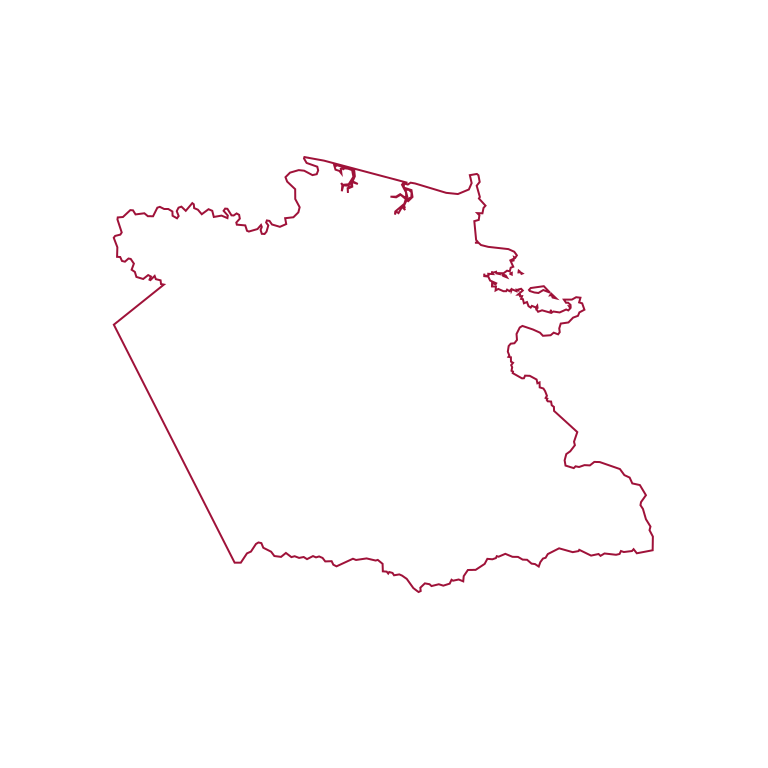 outline of Changuinola, Bocas del Toro, Panama, rotated 333°
{"feature_id": "35544464B1778139424471", "entity_name": "Changuinola", "entity_type": "district", "adm_level": 2, "iso_a3": "PAN", "parent_name": "Panama", "parent_adm1": "Bocas del Toro", "projection": "orthographic", "projection_center": [-82.488, 9.215], "detail": "fine", "context": "isolated", "style": "outline", "palette": "rose", "viewbox_px": 768, "rotation_deg": 333, "n_neighbors": 0, "source": "geoboundaries", "source_scale": "gbopen_adm2", "svg_char_len": 6175}
<svg xmlns="http://www.w3.org/2000/svg" viewBox="0 0 768 768"><g transform="rotate(333 384 384)"><path d="M594.9,399.9L598.2,396.3L594.6,393.9L589.8,394.1L582.6,390.5L583.1,394.3L584.9,395.1L586.1,398.2L585.4,399.8L584.2,398.8L584.4,401.1L581.6,402.1L580.1,400.3L573.0,400.0L567.8,396.3L565.3,396.6L558.3,390.1L554.1,389.6L553.7,386.0L555.8,384.4L554.4,386.0L555.4,385.9L556.1,383.8L554.1,384.8L551.2,381.5L549.4,382.5L548.1,380.3L548.6,375.9L545.3,375.6L546.3,371.5L544.8,370.4L546.9,368.4L545.1,367.6L545.8,366.2L545.4,364.8L545.3,365.9L543.9,365.2L550.1,363.7L549.4,361.4L546.6,360.8L546.2,361.7L544.8,360.2L544.2,361.5L541.0,357.7L539.7,358.8L540.1,357.5L537.9,358.2L536.5,355.8L535.0,356.8L532.6,355.6L529.0,351.2L525.9,351.3L528.0,348.0L524.5,346.1L526.1,343.2L528.7,345.8L529.7,345.2L525.5,340.0L525.7,334.7L524.9,335.1L522.3,333.4L523.4,331.2L522.7,333.2L524.5,334.3L526.7,334.4L527.0,333.2L530.8,335.4L530.4,334.2L531.6,332.7L530.8,334.2L534.8,334.9L534.3,336.4L536.5,338.2L536.2,337.1L540.8,339.6L545.1,338.9L547.2,340.7L549.7,337.9L552.4,338.2L552.7,331.2L557.2,331.3L557.5,330.0L558.3,331.1L560.8,329.7L560.1,325.3L556.1,320.3L539.1,309.1L533.5,304.2L532.4,301.2L529.2,299.4L532.2,300.7L531.5,297.4L538.4,279.9L542.9,280.8L545.6,277.0L544.7,274.1L549.2,276.6L552.6,272.3L555.4,271.2L552.8,261.8L554.3,260.9L556.6,249.4L561.0,247.4L562.9,240.9L562.1,239.0L555.3,236.9L553.3,244.8L547.9,249.2L536.1,248.3L526.2,241.9L502.7,219.4L499.1,216.7L495.8,217.1L492.8,214.4L490.8,218.0L496.5,223.7L494.3,230.3L487.8,232.3L489.3,230.8L487.3,230.7L482.9,234.1L482.6,236.1L481.3,236.9L482.0,238.7L481.1,236.4L482.6,234.1L481.7,233.7L474.5,238.3L473.1,235.7L470.7,238.0L472.4,235.4L483.9,232.7L487.1,229.4L493.0,230.2L495.6,225.8L494.4,222.3L491.3,220.6L489.8,227.6L487.0,228.2L484.7,222.9L479.6,223.2L474.8,220.0L479.9,222.6L484.6,222.2L487.0,226.8L489.0,226.9L490.6,223.2L490.5,214.6L492.8,213.5L496.2,215.3L431.9,157.7L416.1,145.7L415.1,146.7L415.4,151.9L423.2,160.1L422.3,163.8L419.3,166.5L415.1,165.4L409.7,157.7L405.1,154.7L396.2,153.0L390.1,155.0L389.6,159.7L393.3,170.1L388.9,178.9L389.1,188.2L385.6,192.2L379.0,194.3L371.2,191.4L369.5,197.1L362.6,196.7L356.6,191.0L356.0,186.7L353.9,185.1L352.3,186.6L352.9,190.2L348.5,194.9L345.7,196.1L343.3,194.7L344.0,190.7L346.4,188.6L346.6,186.5L341.6,188.5L332.8,186.8L331.5,185.3L332.4,179.7L325.2,175.2L325.7,173.1L330.6,171.2L331.7,167.5L330.1,165.1L326.6,165.6L324.7,164.5L324.0,156.8L322.1,155.6L319.7,156.9L321.3,163.0L319.8,165.1L315.7,160.2L308.2,157.9L309.6,151.7L307.0,148.6L298.7,150.0L297.3,144.2L294.7,141.1L296.1,137.5L295.3,135.8L286.0,139.7L284.0,134.0L281.0,133.6L277.8,135.9L277.3,141.1L274.8,142.4L272.0,138.1L273.8,134.2L271.2,130.1L267.6,128.3L264.7,124.4L262.1,124.0L254.4,129.7L249.8,127.3L248.0,123.1L239.6,120.1L239.2,115.3L236.9,113.9L227.2,116.7L222.4,114.7L221.2,116.4L219.1,129.9L216.9,131.2L211.7,130.0L209.6,131.0L208.5,141.1L203.9,149.5L206.6,151.1L206.4,155.4L208.7,157.4L213.3,156.2L215.1,157.6L215.8,163.2L211.0,167.6L212.9,171.0L212.0,176.2L217.1,181.1L223.3,179.9L225.1,182.4L222.4,184.6L223.0,185.4L228.7,183.6L228.3,187.0L232.0,190.2L230.7,193.7L233.0,195.5L170.2,208.5L169.8,475.4L175.3,478.2L185.0,472.7L189.4,472.9L197.3,468.4L200.2,468.2L202.5,470.1L202.1,475.1L207.3,482.2L208.2,487.5L213.8,491.3L219.9,490.0L222.9,496.2L226.2,496.9L229.4,500.4L233.9,501.7L235.9,505.1L242.6,505.1L244.7,507.6L247.9,508.2L250.3,511.1L251.1,515.4L256.9,518.1L256.8,522.0L258.9,524.9L277.0,525.6L279.2,528.1L289.3,531.5L296.4,537.5L298.6,537.9L301.1,543.6L297.9,550.4L301.2,552.4L301.7,554.8L303.3,553.9L305.8,556.2L306.1,559.0L311.2,560.6L313.1,562.9L315.8,568.0L317.5,579.2L320.3,585.0L322.7,585.1L323.9,582.0L329.9,580.2L333.7,583.1L334.6,585.6L341.9,587.3L345.3,590.6L351.9,591.7L355.3,589.1L356.2,590.6L361.8,592.1L365.0,595.8L367.8,591.4L374.3,587.8L381.3,591.2L392.0,590.0L396.7,586.7L401.0,589.4L404.7,589.9L406.3,588.6L407.7,589.9L415.0,590.4L420.0,596.3L424.9,598.9L427.8,603.4L431.7,605.6L433.9,611.0L436.8,613.0L439.0,616.9L442.4,613.7L446.4,611.7L449.1,612.2L452.7,609.9L465.4,609.9L475.8,619.5L481.5,621.2L482.7,620.4L490.6,630.9L498.0,632.9L498.9,635.4L503.5,635.1L513.2,641.5L516.7,642.4L519.3,640.4L521.4,642.6L529.1,645.4L531.4,644.5L532.4,649.6L547.9,654.1L554.3,642.0L554.2,634.8L556.7,632.0L556.0,623.4L558.0,612.9L557.5,608.4L559.4,605.9L566.9,602.0L566.1,590.2L560.1,585.3L560.4,578.9L556.8,574.3L555.6,566.9L540.8,551.5L536.0,548.9L530.5,550.0L525.8,547.3L520.1,546.5L517.3,544.3L514.9,545.1L508.7,539.1L510.3,534.0L514.6,529.2L519.4,528.5L526.3,525.2L527.1,521.7L534.4,514.6L523.3,485.2L525.0,481.5L523.8,479.1L524.9,475.5L522.0,473.7L521.8,472.1L522.9,471.2L521.7,469.8L523.8,468.5L524.3,463.5L524.0,460.4L521.2,457.7L523.3,453.2L521.0,453.0L522.0,449.3L517.6,442.9L513.5,440.6L511.3,442.4L509.5,441.6L503.6,432.7L504.6,431.5L503.6,430.1L505.8,427.3L505.9,424.9L508.6,423.7L507.3,421.7L509.2,417.8L507.2,416.3L508.6,415.5L509.0,411.4L512.3,406.8L515.2,405.6L518.7,406.9L522.5,405.1L524.8,399.6L530.6,395.3L533.7,395.1L541.5,403.1L546.3,409.1L547.5,413.2L554.6,416.2L558.5,415.3L561.7,418.8L564.1,417.6L565.4,414.0L568.9,410.4L576.3,412.9L582.6,410.7L587.8,411.3L590.6,408.9L596.3,408.8L597.2,402.1L594.9,399.9ZM438.6,197.4L440.5,193.0L445.1,192.8L445.9,191.4L445.4,190.1L442.0,191.0L437.9,188.5L433.9,193.1L437.1,188.0L437.1,185.5L437.6,187.8L443.2,190.0L450.8,185.5L452.7,179.0L449.8,175.9L445.6,173.1L445.4,174.9L444.8,173.0L443.2,172.6L441.6,177.1L441.0,173.9L438.1,171.0L438.9,166.7L439.8,167.5L440.0,166.5L454.6,179.7L452.3,185.7L448.0,189.2L451.5,193.9L447.1,189.4L445.3,193.8L440.4,193.5L438.6,197.4ZM558.3,365.1L555.9,366.0L556.1,367.3L559.5,370.7L562.9,373.0L568.6,372.6L573.4,378.0L570.8,369.4L558.3,365.1ZM576.3,385.9L574.0,379.4L572.3,380.4L573.8,380.9L573.5,383.5L576.3,385.9ZM539.4,340.0L539.2,341.7L541.9,344.8L541.7,342.6L539.4,340.0ZM548.3,343.0L546.8,342.9L546.5,343.3L547.5,344.5L548.3,343.0ZM564.6,395.5L566.1,394.5L566.5,393.7L564.6,395.5ZM555.8,346.2L556.0,345.2L555.5,344.2L554.5,345.6L555.8,346.2ZM556.5,348.3L557.5,348.4L556.5,346.8L556.5,348.3ZM556.3,333.0L555.2,332.0L554.7,332.6L556.3,333.0Z" fill="none" stroke="#9f1239" stroke-width="2"/></g></svg>